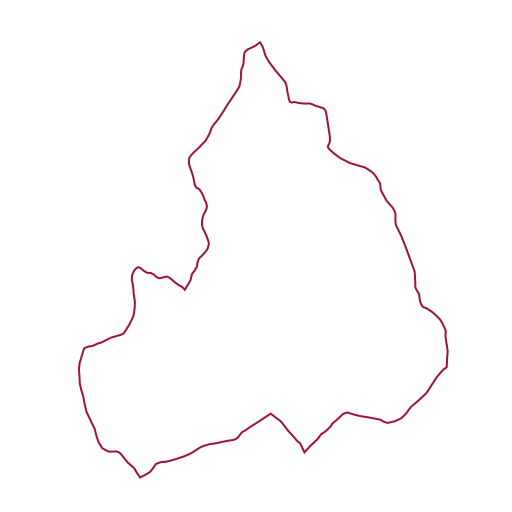 outline of Katsho, Ha, Bhutan, rotated 356°
{"feature_id": "84629894B80124152926189", "entity_name": "Katsho", "entity_type": "district", "adm_level": 2, "iso_a3": "BTN", "parent_name": "Bhutan", "parent_adm1": "Ha", "projection": "equal_earth", "projection_center": [89.286, 27.406], "detail": "fine", "context": "isolated", "style": "outline", "palette": "rose", "viewbox_px": 512, "rotation_deg": 356, "n_neighbors": 0, "source": "geoboundaries", "source_scale": "gbopen_adm2", "svg_char_len": 3995}
<svg xmlns="http://www.w3.org/2000/svg" viewBox="0 0 512 512"><g transform="rotate(356 256 256)"><path d="M89.3,437.1L91.8,438.7L95.0,440.7L96.4,440.9L99.4,441.1L103.0,441.2L105.3,442.1L107.2,443.8L111.1,449.5L113.6,453.0L118.6,458.1L120.0,459.7L121.9,463.7L124.9,468.9L126.5,468.1L128.2,467.5L131.3,466.1L134.9,464.2L136.5,462.7L138.7,460.3L141.5,456.6L144.5,455.6L147.4,454.9L151.5,455.0L156.8,454.1L162.4,452.9L170.0,450.9L176.0,448.9L180.4,446.7L185.8,443.7L188.0,442.6L191.0,441.7L196.4,440.5L203.1,440.0L208.4,439.2L212.1,438.7L215.7,438.3L220.7,437.9L223.0,437.2L225.0,436.0L226.8,434.0L229.1,431.5L230.4,430.4L232.6,429.5L239.5,425.5L247.0,421.4L255.0,416.9L259.7,414.3L262.9,417.2L268.8,422.3L270.0,423.8L275.6,432.2L280.8,438.8L284.7,444.1L286.9,445.8L289.2,451.5L290.6,455.3L297.0,449.2L304.8,442.8L308.4,438.5L313.5,435.5L318.4,431.4L320.5,428.5L325.9,424.5L332.0,419.5L336.1,418.5L337.5,419.0L341.9,420.7L347.8,422.7L358.4,425.2L368.5,427.9L371.5,430.0L375.4,431.7L382.5,430.7L389.6,428.0L394.7,423.6L399.9,417.4L408.0,411.5L416.6,404.5L422.6,396.5L427.3,390.1L432.0,385.2L435.0,382.3L438.4,380.3L439.1,375.4L439.3,372.3L439.8,369.7L440.6,364.3L440.2,359.1L439.7,354.2L439.4,349.3L439.6,347.6L440.0,344.7L439.7,342.5L438.2,338.7L436.9,335.3L435.1,332.1L432.3,328.7L428.0,324.3L422.7,320.2L418.9,318.4L417.5,316.0L416.6,313.3L416.3,310.9L416.2,307.4L416.0,305.2L414.2,301.8L413.2,299.7L412.7,297.8L413.0,294.9L413.1,290.2L413.2,285.2L413.1,282.3L411.9,278.2L406.1,258.0L402.0,245.2L400.4,241.4L398.0,235.6L397.6,233.9L397.5,232.1L397.6,229.5L397.8,226.7L398.1,224.5L397.5,221.4L396.7,219.3L395.4,216.9L392.5,213.2L390.4,210.3L389.5,208.7L387.5,204.3L385.6,200.2L385.1,198.4L384.9,193.9L384.7,192.0L383.9,190.2L382.5,187.9L381.3,185.3L379.7,182.9L377.5,180.3L373.7,177.3L370.9,175.3L365.7,173.4L356.1,169.8L350.5,166.4L347.0,164.4L340.8,159.0L338.5,156.6L337.0,155.1L335.8,153.5L335.2,151.8L337.0,148.7L337.8,145.9L338.0,142.7L337.9,140.3L337.3,133.5L336.3,121.7L336.0,118.0L335.3,115.5L333.7,113.4L330.3,112.0L328.5,111.3L325.4,110.1L323.6,109.0L321.1,107.9L319.5,107.5L316.0,107.4L313.1,107.1L310.8,106.6L307.7,105.9L305.9,105.3L304.2,105.1L302.6,105.4L300.6,104.7L299.7,101.7L299.4,98.6L299.0,96.2L298.6,92.0L298.4,89.1L297.8,86.1L296.9,84.0L293.8,79.7L288.5,72.6L282.5,63.2L279.7,57.7L279.2,56.1L277.9,50.2L277.1,47.4L274.9,43.1L273.0,44.3L270.6,45.9L267.5,47.3L262.0,49.4L259.8,50.9L258.7,52.6L257.8,56.6L257.3,60.6L256.8,63.6L255.8,66.3L254.4,68.9L253.9,71.7L253.6,76.8L252.6,80.9L251.3,85.7L249.6,88.1L248.2,90.1L245.2,93.9L241.7,98.5L239.5,101.2L237.4,104.0L234.0,108.9L228.3,116.3L226.1,118.8L223.2,121.7L220.5,125.4L218.3,130.4L215.6,134.8L213.3,138.0L210.6,140.2L206.8,143.8L201.3,148.2L198.2,151.0L196.7,152.8L195.8,155.2L195.6,159.6L196.5,163.5L198.0,168.7L198.9,172.9L199.7,179.0L200.1,181.4L201.2,183.6L203.0,184.6L204.3,185.8L206.2,189.0L207.7,193.0L208.8,196.7L209.7,198.6L210.2,200.8L210.5,202.7L210.1,204.9L208.9,207.4L206.7,210.9L205.4,214.1L204.5,218.2L204.3,221.4L205.0,224.9L206.0,227.1L206.9,229.7L208.3,233.4L209.5,237.8L209.9,239.7L209.5,241.6L208.5,244.8L207.3,246.6L204.6,249.6L201.7,252.2L198.8,254.7L197.1,258.8L196.4,262.3L193.9,266.1L190.8,269.6L189.0,275.5L187.1,278.5L183.8,283.0L182.6,284.7L181.5,283.2L179.8,281.5L177.3,280.0L174.6,277.8L172.0,275.3L170.1,273.5L168.3,271.7L165.7,270.3L162.5,270.7L160.0,271.3L157.6,271.4L155.3,270.0L152.8,267.4L149.9,265.6L146.3,265.2L144.0,263.7L141.9,261.9L139.7,259.8L137.7,258.9L135.3,260.2L133.2,262.4L131.0,266.7L130.7,269.1L130.5,271.6L131.0,274.3L131.3,278.2L131.3,284.7L132.0,293.0L131.5,298.3L130.3,304.6L129.2,308.0L125.1,315.2L121.2,320.6L118.5,324.0L115.4,325.3L112.6,325.8L107.2,327.0L105.8,327.3L101.3,329.1L96.7,331.1L94.6,331.8L92.5,332.1L86.5,334.4L82.4,334.6L78.1,336.1L75.4,343.1L72.6,350.5L71.5,356.8L71.5,363.8L71.4,371.3L72.4,377.6L73.9,384.3L74.7,391.5L76.1,399.9L78.1,404.9L81.1,412.6L83.0,417.2L84.2,424.0L85.9,430.6L89.3,437.1Z" fill="none" stroke="#9f1239" stroke-width="2"/></g></svg>